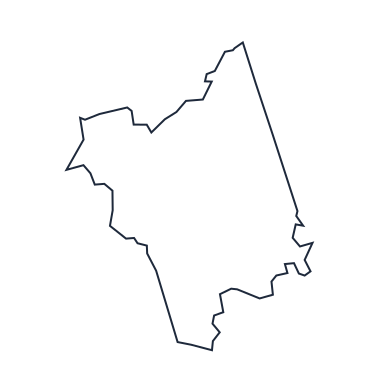 Nelson, Virginia, United States of America (Albers equal-area conic projection), rotated 7°
{"feature_id": "52423323B66459643896868", "entity_name": "Nelson", "entity_type": "district", "adm_level": 2, "iso_a3": "USA", "parent_name": "United States of America", "parent_adm1": "Virginia", "projection": "albers", "projection_center": [-78.88, 37.792], "detail": "fine", "context": "isolated", "style": "outline", "palette": "slate", "viewbox_px": 384, "rotation_deg": 7, "n_neighbors": 0, "source": "geoboundaries", "source_scale": "gbopen_adm2", "svg_char_len": 950}
<svg xmlns="http://www.w3.org/2000/svg" viewBox="0 0 384 384"><g transform="rotate(7 192 192)"><path d="M317.8,227.8L305.8,232.9L297.5,225.2L298.9,211.5L306.4,211.9L298.4,203.1L299.0,198.1L265.1,125.2L242.1,76.6L224.2,37.4L216.8,44.0L215.3,46.3L207.6,48.8L199.9,69.1L192.2,73.2L191.4,80.6L198.1,80.0L191.5,98.9L174.9,102.3L166.8,114.5L156.2,123.1L144.4,137.9L138.9,130.7L125.9,132.2L122.2,118.9L117.4,116.0L90.6,125.9L77.0,133.3L71.9,132.0L78.0,153.2L64.7,185.3L81.0,178.6L88.9,185.8L94.6,196.5L104.0,194.6L112.9,200.4L115.5,219.8L114.7,235.6L132.2,246.3L140.1,244.7L144.2,249.5L153.7,250.7L155.0,258.5L166.0,274.5L196.0,342.7L209.8,343.7L231.1,346.6L230.9,337.4L236.6,327.9L228.4,320.2L229.0,311.9L237.7,307.5L232.2,290.0L242.7,283.2L248.7,283.1L272.1,289.4L284.8,284.1L281.8,271.2L285.9,264.6L296.6,260.8L293.0,252.2L301.9,250.2L308.0,259.9L314.0,261.2L319.3,256.3L312.1,245.7L317.8,227.8Z" fill="none" stroke="#1e293b" stroke-width="2"/></g></svg>